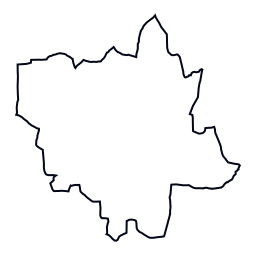 outline of Kahama Township Authority, Shinyanga, United Republic of Tanzania
{"feature_id": "72390352B16659808480234", "entity_name": "Kahama Township Authority", "entity_type": "district", "adm_level": 2, "iso_a3": "TZA", "parent_name": "United Republic of Tanzania", "parent_adm1": "Shinyanga", "projection": "natural_earth1", "projection_center": [32.63, -3.838], "detail": "fine", "context": "isolated", "style": "outline", "palette": "ink", "viewbox_px": 256, "rotation_deg": 0, "n_neighbors": 0, "source": "geoboundaries", "source_scale": "gbopen_adm2", "svg_char_len": 5488}
<svg xmlns="http://www.w3.org/2000/svg" viewBox="0 0 256 256"><path d="M16.2,114.8L17.2,115.0L17.5,115.1L18.6,115.3L20.2,116.2L21.4,116.9L22.2,117.4L23.8,118.9L24.2,119.2L25.1,119.9L26.9,121.1L28.8,123.3L31.9,125.6L33.4,126.3L37.2,128.4L38.9,128.7L39.0,130.3L37.5,135.3L37.3,137.9L36.9,139.0L36.4,140.1L36.3,141.4L36.1,144.6L36.4,145.3L36.8,145.9L37.6,146.6L39.2,147.7L42.8,149.9L43.9,163.2L43.9,167.7L44.0,168.6L44.2,169.9L44.4,171.0L44.8,172.0L45.4,173.3L46.0,174.3L46.8,174.7L48.3,175.1L53.6,175.1L54.5,175.3L55.9,175.5L54.5,176.5L54.0,177.0L53.6,177.8L53.5,179.1L53.6,179.8L53.7,180.3L50.3,183.3L52.1,188.4L53.0,190.2L53.8,191.0L55.6,191.1L57.0,191.0L58.8,191.0L59.7,190.9L61.2,190.8L63.0,190.9L63.9,190.9L65.1,191.0L68.5,191.4L69.0,189.3L70.7,185.5L71.5,185.8L72.3,185.6L73.2,185.3L74.4,185.1L75.6,184.9L77.0,185.0L79.3,184.9L79.9,187.5L80.3,190.6L80.4,191.0L80.8,191.9L82.8,193.8L84.7,195.0L85.8,196.3L86.8,197.1L87.4,197.7L92.4,201.5L93.0,201.6L95.8,201.7L97.9,201.6L99.9,201.5L100.5,208.1L100.3,212.5L100.3,215.5L101.0,217.4L102.0,218.2L105.1,218.2L107.9,218.6L108.1,219.9L108.3,220.8L108.4,221.9L107.8,223.1L107.3,225.5L106.9,227.2L107.2,232.9L106.5,234.2L107.2,234.4L109.3,235.5L110.8,236.9L112.6,238.9L114.8,240.6L116.5,240.6L117.7,239.7L119.1,236.7L120.9,235.4L126.5,232.8L126.7,221.0L127.6,220.7L128.5,220.1L129.6,219.7L131.1,219.6L131.7,219.6L133.3,219.8L134.9,220.2L136.1,221.1L136.4,223.1L136.7,228.2L137.6,230.0L139.4,231.7L139.9,232.1L141.5,232.8L142.6,233.5L143.7,234.3L145.1,235.2L146.4,235.9L147.4,236.6L147.6,236.7L148.6,237.1L149.7,237.7L150.7,237.8L153.4,237.8L156.5,237.3L157.6,237.2L160.9,236.8L163.1,236.6L164.1,236.2L167.6,223.5L168.5,219.9L168.8,219.1L169.6,215.9L170.1,214.3L170.1,214.2L169.9,214.0L170.1,213.5L170.1,213.4L170.1,212.0L170.1,211.8L170.1,210.4L170.2,210.0L170.4,208.2L170.5,207.4L170.5,207.0L170.5,205.6L170.4,205.0L170.3,203.9L170.3,202.1L170.2,201.9L170.2,201.5L170.1,199.8L169.9,198.9L169.7,198.2L169.7,196.9L170.1,195.9L170.2,195.6L170.3,195.2L170.5,194.1L170.7,191.8L170.7,191.7L170.8,190.2L171.0,188.2L171.3,184.7L171.8,184.6L173.3,184.5L176.5,184.4L177.8,184.6L180.4,184.9L183.2,185.3L183.4,185.3L189.1,185.2L189.5,185.6L193.0,187.5L193.9,187.9L195.1,188.1L196.2,188.3L196.3,188.3L198.9,188.2L201.9,188.3L202.9,188.3L203.2,188.3L203.2,188.2L203.9,188.1L205.2,187.9L206.4,187.7L208.7,188.3L210.8,188.6L211.7,188.7L211.8,188.7L211.8,188.8L212.0,188.8L214.6,188.5L215.1,188.4L216.6,188.2L217.6,188.1L221.3,187.5L222.3,186.7L222.9,186.4L223.4,185.8L223.8,185.2L224.3,184.4L224.8,183.9L224.9,183.7L225.3,183.4L225.5,183.2L226.3,182.6L226.6,182.2L227.3,182.2L227.7,182.3L227.8,182.2L228.0,182.0L228.1,181.8L228.3,181.6L228.7,181.4L229.7,180.8L230.7,180.2L231.6,179.7L231.8,179.6L232.6,178.5L233.4,176.6L233.9,175.6L234.6,175.0L235.1,174.7L235.6,174.3L235.7,173.7L235.6,173.1L235.5,172.6L235.5,172.2L235.6,171.7L235.9,171.5L236.6,171.1L236.9,170.7L237.2,170.6L238.1,169.4L238.2,169.2L238.4,169.2L238.3,168.8L238.3,168.6L238.6,168.1L239.2,166.7L239.8,165.4L239.2,164.9L238.7,164.4L236.7,164.1L234.1,163.7L231.4,163.1L229.0,162.6L228.0,162.3L226.6,160.5L225.2,158.5L225.0,158.3L223.3,156.3L222.7,155.1L222.1,153.4L221.5,150.8L221.2,150.0L220.8,146.6L220.3,145.1L219.4,142.6L218.0,139.3L217.7,138.6L216.7,136.2L216.6,135.8L215.5,133.5L215.0,130.9L215.0,129.5L214.5,127.9L214.2,126.9L211.8,127.6L210.9,127.7L207.8,127.9L205.4,128.0L205.3,128.3L205.1,130.1L204.4,131.7L203.9,132.0L203.6,132.3L202.8,133.0L201.6,133.3L201.1,133.4L199.1,133.7L198.2,133.3L197.6,133.1L193.1,131.2L193.0,130.0L192.9,125.6L192.9,125.2L192.8,119.9L192.8,118.4L192.8,118.0L192.4,115.0L191.3,114.6L189.8,114.1L192.9,106.0L196.1,100.4L197.9,97.2L198.0,96.8L198.0,96.6L198.7,87.8L199.1,85.5L199.7,82.4L200.2,81.3L201.7,72.5L202.2,69.8L202.3,69.7L201.6,69.1L199.8,70.2L198.9,71.7L196.3,72.3L194.4,71.8L192.8,72.2L191.5,73.3L191.0,75.2L189.2,75.2L188.6,76.3L187.2,76.7L185.9,77.4L185.3,77.3L184.8,77.2L184.1,75.8L183.4,73.9L183.3,71.7L182.5,68.4L182.0,66.2L181.7,64.8L180.5,60.0L179.7,56.9L178.3,55.1L177.0,54.4L173.9,55.2L171.6,55.1L168.7,52.5L168.5,52.2L168.2,51.9L167.2,48.0L167.0,41.5L167.0,39.6L167.0,38.6L166.8,34.2L164.8,31.7L161.2,27.0L159.2,23.0L157.0,19.5L155.6,17.0L155.1,15.4L153.1,17.7L151.1,19.1L146.7,22.5L143.9,25.6L143.7,25.9L142.3,28.8L141.6,29.6L140.8,31.4L140.7,31.4L139.6,35.7L138.9,38.8L138.9,40.6L138.9,41.5L137.8,44.0L137.8,48.5L137.3,50.9L136.6,53.3L136.4,53.9L136.2,57.1L133.3,56.2L131.9,55.8L128.4,54.7L127.5,55.0L126.6,55.1L126.4,55.1L122.6,54.5L121.6,54.1L120.6,53.2L117.7,52.0L116.6,51.1L115.1,49.4L114.1,47.5L113.6,47.0L112.6,48.0L110.7,49.5L109.2,50.6L108.3,52.1L106.9,52.6L106.7,53.2L106.2,53.8L105.8,54.8L105.2,56.1L104.0,58.0L103.0,59.0L101.7,60.1L101.1,61.2L99.8,61.6L98.7,61.4L96.9,61.9L95.4,61.9L94.5,61.8L94.1,61.7L91.2,62.0L89.1,61.7L88.2,61.4L86.8,61.1L85.2,60.6L83.5,59.9L81.4,62.3L76.9,65.8L75.9,67.3L75.4,68.0L74.7,67.0L73.3,62.7L72.6,58.9L72.1,58.9L71.2,57.9L69.8,57.0L68.2,56.1L67.1,55.6L65.8,54.4L63.9,53.8L61.5,53.5L59.9,53.2L59.1,53.4L58.6,53.5L58.2,53.6L57.2,53.8L55.6,54.5L53.8,54.7L51.3,55.9L50.0,56.0L48.8,56.8L47.9,57.4L46.6,59.4L44.4,59.6L41.7,59.8L38.4,59.7L35.9,59.8L32.8,59.8L31.5,59.8L31.1,59.9L30.9,62.3L30.9,62.7L30.5,62.8L30.3,62.9L29.7,63.1L27.2,63.7L26.5,63.9L26.2,63.9L17.6,64.5L17.7,70.7L17.7,71.4L17.9,76.3L17.9,78.0L17.7,83.6L17.6,86.0L17.8,93.1L17.8,93.6L18.2,99.9L17.9,100.6L17.3,102.2L17.3,102.6L16.9,105.9L16.7,107.6L16.8,109.2L17.0,113.1L16.2,114.8Z" fill="none" stroke="#020617" stroke-width="2"/></svg>